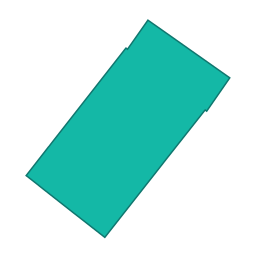 Utracán, La Pampa, Argentina (Albers equal-area conic projection), rotated 127°
{"feature_id": "61730980B38803740288067", "entity_name": "Utracán", "entity_type": "district", "adm_level": 2, "iso_a3": "ARG", "parent_name": "Argentina", "parent_adm1": "La Pampa", "projection": "albers", "projection_center": [-65.237, -37.33], "detail": "fine", "context": "isolated", "style": "filled", "palette": "teal", "viewbox_px": 256, "rotation_deg": 127, "n_neighbors": 0, "source": "geoboundaries", "source_scale": "gbopen_adm2", "svg_char_len": 493}
<svg xmlns="http://www.w3.org/2000/svg" viewBox="0 0 256 256"><g transform="rotate(127 128 128)"><path d="M29.9,177.0L32.2,176.9L65.4,175.8L65.4,176.6L65.4,177.7L67.2,177.8L186.6,180.0L188.2,180.0L190.0,180.0L190.9,180.1L227.3,180.7L227.4,173.6L227.7,161.7L227.8,157.9L228.6,119.7L228.6,118.2L229.3,80.7L141.6,78.9L129.6,78.7L68.5,77.3L67.2,77.2L67.2,75.5L67.2,75.3L29.2,76.8L26.7,76.9L27.2,92.2L28.3,126.9L28.8,143.1L29.9,177.0Z" fill="#14b8a6" stroke="#0f766e" stroke-width="1.5"/></g></svg>